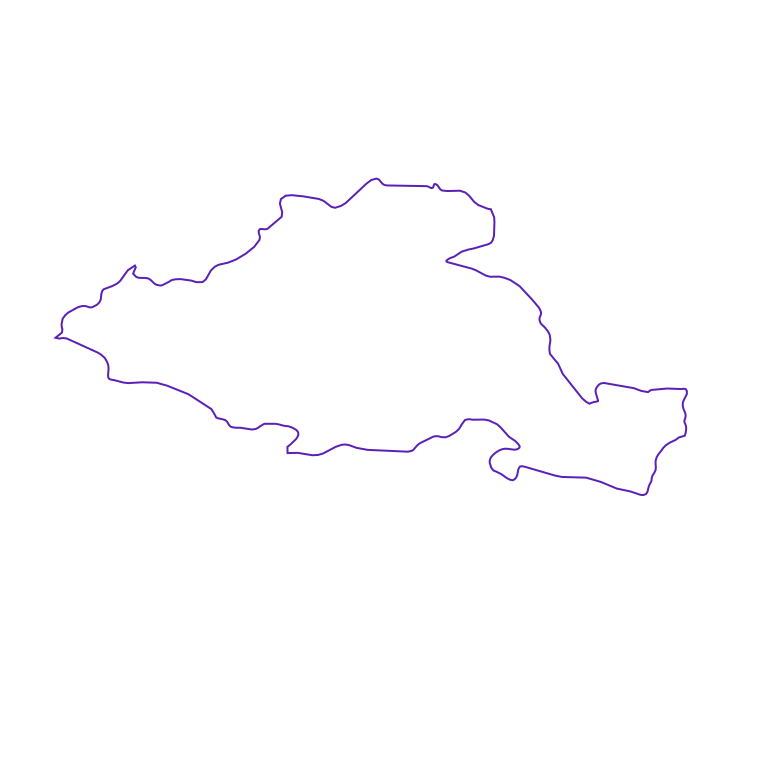 SVG path tracing the border of Nagaland, rotated 237°
{"feature_id": "IND-2479", "entity_name": "Nagaland", "entity_type": "State", "adm_level": 1, "iso_a3": "IND", "parent_name": "India", "parent_adm1": "", "projection": "mercator", "projection_center": [94.35, 26.119], "detail": "fine", "context": "isolated", "style": "outline", "palette": "violet", "viewbox_px": 768, "rotation_deg": 237, "n_neighbors": 0, "source": "natural_earth", "source_scale": "10m", "svg_char_len": 4294}
<svg xmlns="http://www.w3.org/2000/svg" viewBox="0 0 768 768"><g transform="rotate(237 384 384)"><path d="M619.0,239.6L617.1,239.4L613.2,233.7L608.7,234.5L606.4,236.4L602.9,241.6L600.9,243.8L598.5,244.9L593.1,246.2L590.9,247.4L588.5,249.9L587.6,251.9L586.8,259.8L586.9,261.5L586.5,263.4L585.2,266.5L582.7,270.6L575.5,278.9L571.7,282.0L568.3,287.3L568.8,291.7L573.5,300.7L574.5,306.0L574.1,310.1L570.7,319.3L569.0,327.9L568.6,338.9L569.7,349.8L572.7,358.1L574.6,359.9L576.6,360.6L578.6,361.1L580.6,362.2L581.5,364.3L580.3,366.3L578.5,368.5L577.6,370.8L580.0,389.2L583.3,392.1L592.1,395.0L595.2,398.3L595.5,404.0L592.6,409.5L584.9,419.0L574.5,430.3L570.4,433.1L561.2,436.4L558.4,439.0L556.8,444.9L556.6,450.3L561.6,478.5L562.0,484.6L560.4,489.5L558.3,491.1L553.0,491.7L550.7,492.7L548.8,494.8L526.7,527.5L525.8,528.4L523.2,529.9L522.2,530.8L522.1,532.2L524.1,534.8L523.9,535.9L521.6,537.1L516.7,537.2L514.6,538.1L511.1,542.6L504.7,553.0L500.3,556.5L495.7,557.9L487.2,558.9L482.5,560.7L474.5,566.4L472.3,568.8L472.1,568.7L463.8,567.2L459.8,564.9L448.3,556.9L445.4,553.5L444.1,550.5L444.5,547.4L448.8,533.1L450.7,528.3L452.7,521.1L452.6,512.1L453.5,508.3L453.7,506.2L453.5,503.6L452.6,503.1L451.2,504.0L432.9,520.5L429.5,522.9L419.4,528.5L416.2,531.4L411.0,539.5L407.4,542.9L402.3,546.6L392.3,551.0L374.2,554.2L363.8,555.5L360.3,555.2L358.3,554.6L357.8,554.3L357.5,554.1L355.9,552.2L354.6,550.3L352.6,549.1L349.4,548.4L343.3,549.8L339.4,550.1L336.0,550.0L333.0,548.9L329.9,547.3L325.0,542.9L322.2,541.1L318.9,539.6L311.3,540.4L306.4,541.1L295.1,539.4L263.9,542.4L258.5,544.0L255.7,545.5L255.3,547.4L254.7,549.7L253.3,553.2L253.1,554.1L253.3,554.3L253.6,554.5L261.3,556.8L263.5,558.0L265.0,559.8L265.9,562.0L266.4,564.2L266.4,565.9L265.2,568.9L244.4,591.3L238.2,595.9L233.4,601.0L233.5,602.2L233.5,604.8L226.0,619.0L217.7,630.8L216.8,632.8L215.3,634.3L213.0,634.1L210.6,632.5L207.4,627.0L205.8,624.7L203.6,623.0L200.7,621.8L195.3,620.7L193.0,619.7L191.5,618.3L189.6,615.9L189.0,615.5L187.9,615.1L186.4,614.9L184.6,614.4L182.7,613.6L181.1,612.5L178.7,610.3L176.8,608.1L178.5,602.5L178.3,598.3L179.2,591.4L179.1,586.7L178.1,582.8L177.1,580.3L175.5,575.6L174.1,572.8L171.6,569.9L168.8,568.1L166.2,566.7L163.8,564.8L162.3,562.3L161.0,559.4L159.4,557.4L157.8,556.1L156.8,555.2L156.4,554.5L156.2,554.1L155.2,552.2L153.8,550.2L150.1,546.2L149.0,543.9L149.6,541.0L151.4,538.7L159.6,532.2L169.5,522.3L183.8,512.5L195.3,502.6L209.2,482.5L213.9,477.7L237.7,457.2L240.0,454.8L240.7,453.2L240.2,451.8L239.2,450.1L235.3,446.4L233.8,444.3L233.0,441.9L233.1,439.7L234.9,437.7L237.9,435.9L244.7,433.2L250.2,429.9L251.4,428.9L253.0,428.5L255.5,428.4L259.9,429.6L262.2,430.9L264.1,433.4L265.1,436.5L265.6,440.1L265.6,444.1L265.0,447.4L263.8,450.3L261.9,452.9L257.9,457.5L256.9,459.7L256.6,461.2L256.9,463.0L258.0,463.9L260.3,463.9L264.5,463.1L271.9,460.0L284.0,458.2L288.7,456.9L296.3,452.1L299.5,448.8L305.9,438.7L307.9,436.6L309.0,434.4L309.7,432.4L307.6,426.7L306.0,423.8L305.3,421.8L304.9,419.5L304.7,417.8L304.9,410.3L305.8,406.6L308.2,403.2L310.5,401.2L312.0,399.1L313.0,396.7L314.8,381.8L314.5,378.6L312.7,372.5L313.0,370.4L314.2,367.2L337.6,334.5L345.4,326.2L351.8,321.4L354.2,318.8L356.0,315.6L357.6,309.3L358.9,295.0L360.4,290.1L363.3,285.1L373.2,274.2L378.6,265.5L383.9,268.8L384.2,272.4L385.7,280.2L385.8,280.5L386.8,282.7L388.1,284.6L390.3,285.7L393.0,285.5L397.3,283.4L400.4,281.0L403.5,277.3L407.5,273.7L409.9,271.1L415.8,262.0L416.0,257.2L415.9,254.9L416.1,252.0L417.8,248.4L425.4,239.9L427.8,236.2L430.2,233.4L432.0,232.0L434.2,231.7L437.9,231.9L440.4,231.1L443.0,228.8L445.3,226.4L447.4,225.0L449.6,225.3L456.8,225.6L476.9,216.7L482.1,214.3L500.6,201.3L508.8,194.1L517.1,182.2L524.1,169.9L527.1,166.3L534.1,159.9L536.2,157.6L537.9,156.3L539.8,156.4L541.3,157.1L547.1,161.5L550.0,163.0L553.6,163.8L557.9,164.0L562.7,162.7L566.0,161.2L594.8,142.8L595.1,142.7L595.7,141.8L597.3,140.0L599.1,136.2L601.7,133.7L602.5,141.8L604.9,144.0L607.1,144.7L609.7,146.1L613.7,150.0L615.2,153.8L615.9,157.8L615.2,168.2L614.6,170.9L613.7,173.3L612.5,175.4L611.1,176.9L609.5,178.0L608.0,179.6L607.2,181.7L606.8,186.5L607.5,189.7L609.0,192.3L613.8,196.3L615.6,198.6L616.1,200.6L614.2,209.1L613.6,214.0L613.8,217.0L614.2,219.0L618.9,231.1L619.0,239.6L619.0,239.6Z" fill="none" stroke="#5b21b6" stroke-width="2"/></g></svg>